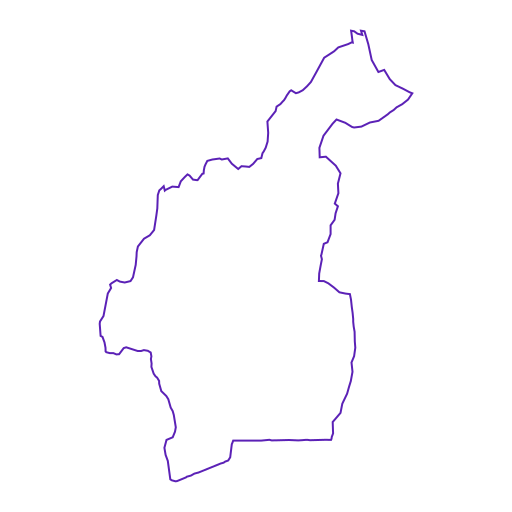 outline of Mamou, Mamou, Guinea
{"feature_id": "49546643B72815389499799", "entity_name": "Mamou", "entity_type": "district", "adm_level": 2, "iso_a3": "GIN", "parent_name": "Guinea", "parent_adm1": "Mamou", "projection": "equal_earth", "projection_center": [-11.801, 10.57], "detail": "fine", "context": "isolated", "style": "outline", "palette": "violet", "viewbox_px": 512, "rotation_deg": 0, "n_neighbors": 0, "source": "geoboundaries", "source_scale": "gbopen_adm2", "svg_char_len": 3090}
<svg xmlns="http://www.w3.org/2000/svg" viewBox="0 0 512 512"><path d="M408.0,99.6L412.3,93.3L409.5,92.2L403.5,89.0L395.4,85.1L389.8,79.2L384.2,69.9L378.4,72.0L371.7,60.0L368.3,44.2L364.5,31.3L361.0,30.7L362.3,34.9L357.5,33.7L354.2,31.3L351.1,30.7L352.0,37.2L352.4,40.6L352.8,42.6L351.6,42.4L348.1,44.1L338.3,47.4L334.1,51.3L324.2,57.7L316.2,72.4L310.9,82.0L307.0,86.3L302.8,90.2L298.7,92.4L295.9,93.2L291.2,90.3L289.7,91.3L287.7,94.2L286.9,95.3L285.3,98.2L284.0,100.2L282.7,101.5L280.4,104.1L276.6,106.6L275.6,111.1L267.4,121.5L268.2,132.9L267.6,141.6L265.7,147.7L263.7,151.5L262.5,153.2L261.3,158.1L257.3,159.0L253.1,163.9L249.3,166.9L245.6,166.5L241.5,166.2L238.2,169.0L231.8,163.7L227.8,158.4L221.8,159.5L219.6,158.5L214.7,159.2L212.4,159.5L207.3,160.9L205.5,164.4L204.5,166.8L203.8,170.5L203.8,170.9L203.6,173.5L202.3,173.8L197.6,180.1L196.6,180.1L193.0,179.6L189.6,175.6L187.5,174.4L184.8,177.0L180.8,181.3L178.6,187.1L172.3,186.6L165.6,189.9L164.8,190.6L163.7,186.2L161.1,188.8L159.3,190.4L157.8,195.0L157.3,208.5L156.3,215.8L154.1,230.0L149.8,235.3L144.0,238.7L137.9,246.5L136.7,252.1L136.5,256.5L135.7,264.9L133.0,277.3L130.5,281.1L124.7,282.5L119.9,281.6L116.8,280.0L111.5,283.3L110.1,284.6L111.1,288.0L107.8,293.5L103.5,316.0L100.0,321.5L99.7,323.8L100.6,335.9L102.5,336.9L104.5,342.4L105.5,347.8L105.6,351.4L106.3,352.2L109.7,353.1L113.3,353.1L116.4,354.4L119.1,354.2L123.7,348.1L126.2,347.3L137.7,351.0L141.1,351.0L143.9,350.1L147.9,350.8L149.3,351.7L150.7,352.5L151.4,356.4L150.9,359.0L151.6,363.5L151.4,366.9L153.7,373.7L155.5,376.3L157.1,377.6L159.1,380.9L159.2,383.7L161.3,391.1L166.3,396.0L168.3,399.2L170.7,407.6L172.7,411.1L173.8,415.0L175.8,427.3L175.0,431.7L172.7,437.3L166.5,439.9L164.4,447.8L165.6,454.9L167.8,460.9L170.3,479.3L171.6,480.2L171.8,480.3L175.5,481.3L177.0,481.1L182.4,478.9L186.0,477.4L186.8,476.7L190.5,475.7L191.1,475.5L192.8,474.5L194.4,473.6L198.2,472.6L198.4,472.6L198.8,472.4L220.7,463.5L223.6,462.7L225.3,461.5L226.6,461.1L227.4,460.8L228.2,460.5L230.2,457.3L231.8,444.2L232.4,442.8L232.7,442.0L233.2,440.6L246.9,440.6L254.1,440.6L261.2,440.6L269.4,439.8L271.6,440.4L277.4,440.3L288.9,440.0L298.2,440.4L301.8,440.2L305.3,439.9L307.5,439.9L307.9,439.9L310.0,440.2L310.4,440.2L325.3,439.8L326.0,439.8L331.0,439.9L331.5,438.8L331.8,436.8L332.5,435.0L333.1,433.3L333.0,431.3L332.7,422.0L340.5,412.9L342.3,403.7L347.1,393.7L349.1,386.6L350.8,381.1L352.5,371.8L351.5,362.5L354.1,356.2L355.3,347.7L354.8,341.3L354.6,331.8L353.7,326.6L353.2,321.8L353.2,319.0L352.6,312.8L351.8,307.1L351.0,299.6L349.9,294.1L345.6,293.6L339.4,292.3L333.9,287.5L328.3,283.3L323.9,281.1L318.9,281.0L319.2,273.5L320.6,265.8L321.9,259.2L321.0,255.7L321.4,254.7L323.8,243.8L327.5,242.3L330.6,234.1L330.6,225.3L334.6,219.8L335.6,213.2L337.9,206.3L334.8,203.6L338.4,193.2L337.9,183.6L340.5,173.3L335.8,165.7L325.9,156.7L319.7,157.3L319.4,147.8L323.5,135.7L332.6,123.7L336.5,119.5L345.3,122.8L352.1,127.0L354.1,127.5L361.4,126.6L369.9,122.5L378.6,120.8L387.9,114.2L389.9,112.4L393.7,110.0L396.6,107.3L402.2,104.2L408.0,99.6Z" fill="none" stroke="#5b21b6" stroke-width="2"/></svg>